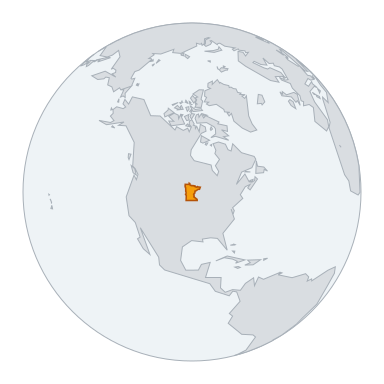 the Earth from above Minnesota
{"feature_id": "USA-3514", "entity_name": "Minnesota", "entity_type": "State", "adm_level": 1, "iso_a3": "USA", "parent_name": "United States of America", "parent_adm1": "", "projection": "orthographic", "projection_center": [-93.694, 46.435], "detail": "fine", "context": "on_globe", "style": "filled", "palette": "amber", "viewbox_px": 384, "rotation_deg": 0, "n_neighbors": 0, "source": "natural_earth", "source_scale": "10m", "svg_char_len": 11705}
<svg xmlns="http://www.w3.org/2000/svg" viewBox="0 0 384 384"><circle cx="192" cy="192" r="169" fill="#eef3f6" stroke="#a8b0b8"/><path d="M262.3,345.6L260.5,346.5L260.1,346.6L247.3,351.7L234.1,355.6L238.3,354.0L246.0,350.1L255.5,337.0L253.0,334.9L241.7,334.3L228.2,323.3L232.6,316.1L229.3,313.5L240.1,301.3L236.7,291.9L232.8,291.2L229.2,295.8L215.3,291.3L209.8,283.7L164.7,270.0L159.5,264.9L158.7,257.2L140.3,227.7L149.9,254.5L143.3,248.7L137.5,238.8L140.1,237.1L135.3,222.5L129.0,215.7L126.2,196.9L134.0,175.2L136.4,179.7L138.0,174.3L135.1,168.5L132.7,166.0L134.2,142.4L126.0,125.8L118.5,125.3L124.0,122.0L106.5,124.7L99.0,120.4L110.5,122.5L114.0,120.6L110.4,116.1L113.2,113.3L113.0,109.6L116.7,106.8L123.2,108.6L125.7,107.0L123.0,103.9L124.9,99.4L128.6,104.1L132.4,96.9L143.9,99.5L150.7,115.7L160.1,116.0L175.0,130.0L176.6,126.7L183.3,130.4L187.7,128.2L189.2,131.8L191.4,127.0L189.2,124.2L189.4,121.2L191.8,119.7L194.2,123.9L193.3,125.3L195.2,125.7L195.4,128.5L196.7,126.3L199.2,131.8L200.3,124.3L205.3,127.0L206.0,131.2L201.3,133.4L191.2,149.8L190.5,155.4L194.2,160.7L211.1,165.0L212.3,170.4L217.2,175.7L218.7,171.4L215.4,165.7L219.5,159.4L214.9,153.6L215.9,150.3L213.1,143.7L218.5,142.0L225.4,144.2L228.0,149.7L231.1,151.0L232.7,143.8L241.5,152.7L254.1,156.4L255.8,159.2L251.9,167.7L241.6,172.1L236.4,184.4L244.9,174.0L249.1,181.8L251.9,182.2L254.6,180.5L255.0,176.7L257.5,179.0L250.1,189.9L247.7,187.9L250.1,184.4L245.3,186.7L240.3,194.7L242.8,198.4L232.6,207.7L234.3,210.6L233.0,214.4L231.1,209.1L234.4,219.0L222.9,233.3L227.2,250.2L217.4,238.4L210.5,237.8L202.4,239.1L203.0,241.9L191.6,240.6L182.4,246.9L180.6,260.4L185.8,270.2L198.4,270.1L201.4,264.4L210.2,262.4L205.5,277.5L221.1,277.5L220.5,287.9L225.2,292.3L232.6,289.6L240.4,290.3L245.4,283.4L253.6,277.8L254.5,285.7L258.5,277.0L263.5,279.3L279.5,272.6L278.5,274.9L292.1,277.7L305.6,273.7L308.7,276.9L307.2,281.1L311.6,278.9L311.7,280.9L328.0,270.2L335.3,266.8L334.4,273.3L326.9,286.7L316.8,304.2L302.3,318.1L296.5,324.1L281.4,335.3L273.0,339.9L273.1,340.2L270.8,341.5L262.3,345.6ZM50.9,208.6L51.8,205.3L52.6,208.9L50.9,208.6ZM51.6,202.3L51.4,203.6L51.4,202.3L51.6,202.3ZM51.0,200.7L51.4,201.8L50.8,200.8L51.0,200.7ZM50.0,198.9L50.6,199.7L50.5,199.8L50.0,198.9ZM227.2,256.0L244.9,259.9L235.6,263.2L237.3,261.3L232.6,259.1L224.2,257.7L215.8,260.9L227.2,256.0ZM49.0,195.2L48.8,194.2L49.5,194.7L49.0,195.2ZM233.3,245.2L230.3,245.2L233.2,244.5L233.3,245.2ZM131.2,165.5L134.7,168.7L136.3,175.1L133.1,172.7L131.2,165.5ZM128.5,153.7L131.0,154.2L129.0,159.6L128.2,157.6L128.5,153.7ZM112.5,125.8L114.8,128.0L111.6,126.9L112.5,125.8ZM112.4,109.6L110.8,110.0L111.4,107.9L112.4,109.6ZM210.3,145.1L211.7,144.4L211.5,146.0L210.3,145.1ZM207.8,142.9L206.5,145.2L205.2,144.6L205.9,143.1L207.8,142.9ZM117.6,101.9L119.0,98.7L118.7,102.2L117.6,101.9ZM209.6,140.3L202.9,143.1L200.5,142.0L201.4,135.7L209.6,140.3ZM120.5,97.1L123.8,89.9L120.7,89.8L131.5,86.1L125.1,93.3L125.2,97.5L123.1,95.9L120.5,97.1ZM187.5,123.9L189.9,126.8L185.7,125.8L187.5,123.9ZM184.7,124.0L171.2,125.8L168.8,121.0L173.8,121.3L168.8,116.4L174.2,113.2L178.2,115.1L178.7,118.8L180.4,114.8L184.7,124.0ZM136.9,85.5L138.7,84.1L138.1,85.9L136.9,85.5ZM189.2,119.9L186.7,120.6L184.4,116.5L189.0,114.4L188.2,116.4L189.2,119.9ZM164.9,116.9L164.0,113.6L168.1,110.0L168.3,108.2L174.1,112.7L164.9,116.9ZM190.0,116.6L191.3,113.5L194.6,114.1L191.5,119.0L190.0,116.6ZM181.9,116.3L181.0,114.3L183.0,114.7L181.9,116.3ZM207.0,115.2L204.0,115.9L202.6,113.8L207.0,115.2ZM191.6,112.3L190.5,112.1L189.6,111.4L191.2,109.5L191.6,112.3ZM176.6,110.0L178.6,109.2L174.5,107.9L177.4,105.4L180.8,108.9L180.5,106.3L181.4,105.5L183.2,109.3L176.6,110.0ZM190.0,105.6L195.3,109.5L201.1,108.6L202.5,110.5L193.0,111.6L190.0,105.6ZM185.8,107.4L188.7,106.7L189.1,109.2L187.3,111.3L185.8,107.4ZM178.2,102.5L172.8,105.4L172.2,104.6L178.2,102.5ZM191.6,104.8L190.3,103.9L192.0,104.5L191.6,104.8ZM182.2,102.6L180.4,103.7L179.8,102.7L182.2,102.6ZM189.2,101.3L190.9,102.5L189.8,103.9L189.2,101.3ZM185.9,101.5L185.6,99.8L188.3,103.6L185.2,102.1L185.9,101.5ZM182.0,101.4L181.0,101.2L182.8,101.1L182.0,101.4ZM192.6,95.5L196.3,100.0L193.7,103.0L190.5,98.2L192.6,95.5ZM103.3,48.2L104.1,47.7L109.4,44.6L110.0,44.5L117.1,40.6L118.2,40.3L123.1,37.7L122.6,38.0L133.6,33.4L145.0,29.7L156.5,26.8L168.3,24.7L180.1,23.5L192.0,23.0L204.0,23.5L215.8,24.7L227.5,26.8L239.1,29.7L250.4,33.5L261.5,38.0L272.2,43.3L282.5,49.3L292.3,56.0L301.6,63.4L310.4,71.5L310.5,71.5L318.7,80.2L326.2,89.4L333.1,99.1L339.3,109.3L344.8,119.9L349.5,130.8L353.4,142.1L356.5,153.6L358.8,165.3L358.9,165.8L360.0,192.3L358.1,195.0L350.6,190.9L348.8,180.9L344.6,174.7L329.0,127.8L330.1,122.3L322.8,99.1L322.6,97.1L328.2,102.6L326.5,92.4L320.4,85.0L314.2,75.6L307.0,68.2L296.1,59.5L307.8,71.4L305.1,70.9L292.0,59.1L281.0,49.7L279.7,49.3L282.6,53.5L276.1,50.0L283.2,55.0L283.3,53.9L287.7,57.2L287.9,58.4L285.6,57.0L287.8,59.8L298.2,66.3L299.5,65.9L307.6,75.3L310.4,75.8L314.0,79.4L310.6,80.1L307.9,78.5L304.9,83.9L308.5,86.3L311.6,81.6L312.4,83.7L317.3,87.7L314.2,86.4L309.9,91.5L314.6,101.9L327.5,119.8L328.7,126.6L326.6,131.0L314.9,121.4L313.4,107.5L309.2,104.5L303.5,105.8L303.6,101.7L301.1,100.7L299.9,95.7L292.4,88.2L290.3,83.5L281.7,80.1L279.4,77.4L285.2,80.1L288.1,79.6L282.2,69.1L279.4,66.9L274.3,65.7L273.3,63.2L269.1,63.5L262.9,58.0L266.9,65.1L260.9,64.5L254.1,61.3L252.9,62.6L264.0,67.9L267.7,69.0L269.9,67.7L280.8,72.5L284.0,76.3L275.3,76.6L278.9,82.2L270.5,80.5L245.7,66.3L238.3,60.9L238.0,51.4L243.0,52.3L245.6,56.0L248.4,52.3L245.7,52.7L244.9,50.8L239.0,50.2L238.2,48.9L234.0,50.8L232.3,49.1L235.0,47.9L224.8,46.2L219.8,43.2L217.9,43.5L217.3,44.7L211.3,40.5L210.1,40.9L211.7,42.4L210.4,44.4L205.9,46.4L204.1,44.8L205.4,43.8L205.6,39.8L209.6,37.9L208.4,37.5L204.5,38.8L204.3,43.7L202.1,45.4L201.4,42.8L201.5,43.9L199.8,44.2L196.4,43.2L196.8,46.0L180.8,53.4L172.7,52.6L173.9,49.3L160.8,54.0L152.7,53.5L154.1,54.8L148.8,58.5L151.3,58.7L151.6,59.6L139.1,70.1L134.8,71.6L131.0,78.3L131.8,79.1L134.8,78.3L131.5,86.1L120.7,89.8L119.6,87.8L113.6,91.8L111.9,86.9L107.7,84.9L109.3,77.7L105.8,77.1L103.9,78.8L97.7,79.5L91.8,75.8L105.2,71.2L115.8,77.1L112.2,73.8L115.6,72.5L115.9,70.1L113.1,68.2L111.2,69.3L120.0,56.8L118.6,50.4L112.4,55.1L107.2,57.0L100.1,55.6L106.4,46.7L99.4,50.7L98.1,51.5L98.4,51.3L103.3,48.2ZM339.4,145.1L341.1,147.3L339.4,145.1ZM263.4,38.9L262.3,38.5L258.8,36.9L259.5,37.4L262.2,38.5L263.0,39.8L257.2,37.2L255.4,37.0L258.2,38.5L268.7,43.1L267.6,41.1L272.1,43.3L272.8,43.6L271.1,42.7L263.4,38.9ZM280.0,272.2L282.0,272.9L279.5,274.1L280.0,272.2ZM234.8,267.1L238.3,266.5L240.3,267.4L237.7,268.4L234.8,267.1ZM263.7,258.8L267.6,258.2L263.7,260.3L263.7,258.8ZM247.6,260.1L260.6,259.7L253.1,264.8L244.8,265.1L250.3,262.7L247.6,260.1ZM232.5,251.0L234.8,251.1L234.4,253.0L232.5,251.0ZM235.4,244.7L234.6,245.1L233.2,243.9L235.4,244.7ZM249.5,181.1L250.1,180.4L253.1,179.4L252.2,181.4L249.5,181.1ZM263.8,167.0L267.5,171.1L264.2,169.4L263.6,172.7L255.8,173.4L256.3,160.7L257.5,166.2L263.8,167.0ZM245.6,171.4L250.4,172.0L245.1,171.9L245.6,171.4ZM288.4,101.2L289.9,99.6L293.2,101.8L295.8,108.7L291.1,105.5L288.4,101.2ZM291.3,96.9L281.9,95.8L279.9,91.8L282.6,94.2L282.3,91.6L286.5,94.8L293.8,92.4L297.2,94.3L300.2,105.4L297.3,100.6L296.0,102.3L291.3,96.9ZM261.4,103.4L257.3,103.8L258.3,94.4L262.0,95.2L264.8,101.9L262.1,104.9L261.4,103.4ZM212.5,129.0L210.9,130.4L210.2,129.1L211.1,126.9L212.5,129.0ZM205.7,115.7L219.0,122.0L217.8,123.8L227.0,125.8L227.5,131.4L221.5,129.8L228.7,135.8L223.5,136.7L228.7,140.3L215.4,136.3L210.9,137.6L215.7,133.9L215.4,128.7L214.0,126.8L206.6,122.6L196.9,123.2L195.1,118.4L196.4,114.9L198.5,114.0L199.0,117.3L201.3,113.8L203.7,118.0L205.7,115.7ZM212.4,81.1L212.2,84.5L217.3,79.6L219.7,83.1L220.1,82.4L223.7,84.4L228.8,85.6L229.2,87.5L231.0,87.1L233.4,88.6L236.0,88.9L237.6,92.4L241.0,93.1L239.8,94.4L245.2,94.7L241.9,96.1L244.7,98.4L246.4,95.8L248.7,116.0L252.2,124.0L256.8,130.0L250.6,132.1L242.3,128.1L233.9,121.2L231.4,113.4L229.1,116.0L227.2,113.1L229.8,112.3L224.6,111.9L223.8,109.4L216.3,104.3L209.3,105.7L206.4,104.0L208.7,102.2L204.2,101.9L206.6,97.4L204.6,96.2L204.9,90.8L210.5,88.4L207.8,87.2L208.0,83.3L212.4,81.1ZM192.9,94.0L199.1,89.8L203.4,89.9L201.0,99.3L202.6,101.0L201.2,107.4L194.9,107.3L195.9,105.5L195.4,103.7L197.5,104.4L195.4,102.5L196.7,99.9L195.4,97.8L197.7,97.0L192.9,94.0ZM319.6,93.1L319.0,91.4L317.3,88.3L320.4,90.9L319.6,93.1ZM316.9,96.7L315.9,94.7L319.4,96.5L320.1,98.5L316.9,96.7ZM312.3,92.3L315.6,94.5L314.2,94.5L312.3,92.3ZM284.0,78.4L282.5,76.4L283.6,76.4L285.7,77.7L284.0,78.4ZM228.0,68.7L227.2,70.3L226.1,70.0L221.4,72.1L219.3,69.8L221.3,67.7L228.0,68.7ZM299.8,62.5L303.6,65.7L303.9,66.2L302.5,65.0L299.8,62.5ZM313.8,78.3L312.0,75.3L314.7,79.0L313.8,78.3ZM225.0,66.6L223.3,67.7L223.3,65.9L225.0,66.6ZM217.5,68.3L217.0,66.4L218.5,69.8L217.5,68.3ZM204.5,51.2L213.3,50.6L218.3,49.2L218.9,46.7L221.8,50.2L214.2,52.4L204.5,51.2ZM184.0,53.2L183.5,55.8L181.2,55.2L181.0,54.5L184.0,53.2ZM185.5,54.4L189.6,56.7L187.7,58.6L184.8,56.3L185.5,54.4ZM207.6,60.8L210.3,60.8L210.3,62.1L207.6,60.8ZM89.1,58.0L90.3,57.1L87.5,59.3L87.1,59.6L88.0,58.9L89.1,58.0ZM94.2,54.2L92.5,55.6L87.6,59.5L88.4,59.4L85.8,62.2L88.7,61.1L88.1,62.4L84.0,64.8L80.3,66.1L87.4,59.5L92.9,55.1L94.2,54.2ZM90.2,60.4L94.3,60.5L88.5,65.5L86.3,66.6L86.8,64.4L89.9,61.8L90.2,60.4ZM93.6,62.1L96.6,59.8L108.9,57.1L110.1,57.8L97.6,62.0L99.7,60.1L97.7,60.0L93.6,62.1ZM137.3,83.5L138.5,84.1L136.6,84.6L137.3,83.5ZM153.1,59.6L153.2,61.0L150.9,61.4L153.1,59.6ZM152.2,65.1L154.6,63.7L152.8,65.9L152.2,65.1ZM160.0,60.4L156.0,63.4L158.8,59.6L160.0,60.4Z" fill="#d9dde1" stroke="#a8b0b8" stroke-width="1"/><path d="M185.2,184.3L189.1,184.4L189.2,183.3L189.3,183.4L189.5,183.4L189.8,183.5L189.9,183.8L189.9,184.0L190.0,184.7L190.0,184.9L190.0,185.0L190.3,185.2L190.4,185.3L190.5,185.3L190.8,185.3L191.0,185.5L191.6,185.5L191.8,185.8L192.2,185.8L192.4,185.8L192.5,185.7L192.8,185.5L193.4,185.6L193.6,185.7L193.9,185.8L194.0,185.8L193.9,185.9L193.9,186.0L194.0,186.1L194.3,186.1L194.4,186.3L194.5,186.5L194.8,186.6L194.7,186.5L194.7,186.4L194.8,186.4L195.0,186.3L195.3,186.4L195.3,186.5L195.6,186.8L195.8,186.8L195.9,187.0L196.1,187.1L196.3,187.2L196.5,187.2L196.8,187.1L197.2,186.8L197.3,186.7L197.5,186.6L197.6,186.8L197.7,187.0L197.8,187.0L198.1,187.0L198.3,187.0L198.9,186.9L199.0,186.9L199.2,187.0L199.3,187.1L199.5,187.2L199.8,187.2L200.0,187.2L200.3,187.2L199.5,189.3L198.1,189.3L196.5,190.5L195.5,191.1L195.2,191.0L195.0,191.3L194.9,191.3L194.9,193.0L194.7,193.2L194.5,193.3L194.4,193.3L194.2,193.4L194.1,193.5L193.9,193.8L193.7,194.1L193.6,194.4L193.7,194.5L193.8,194.5L194.0,194.6L194.0,194.8L194.1,195.0L194.0,195.3L193.9,195.4L193.9,195.6L194.0,195.8L193.9,195.9L193.9,196.0L193.9,196.3L194.0,196.4L193.9,196.5L193.8,196.9L193.9,197.0L194.0,197.1L194.2,197.3L194.3,197.4L194.7,197.4L194.8,197.5L195.0,197.8L195.3,197.9L195.7,198.1L195.8,198.3L195.9,198.6L196.0,198.7L196.3,198.9L196.6,198.9L196.7,199.0L196.8,199.0L197.0,199.3L197.1,199.5L197.2,199.8L197.2,200.1L197.2,200.3L197.2,200.5L186.1,200.5L186.3,195.3L186.3,195.2L186.2,195.1L186.0,194.9L185.8,194.9L185.7,194.8L185.7,194.6L185.5,194.4L185.5,194.2L185.8,194.0L185.9,193.9L186.0,193.7L186.1,193.4L186.1,193.1L186.1,192.9L186.1,192.7L186.1,192.3L186.1,192.2L185.9,191.9L185.8,191.7L185.8,191.4L185.7,191.3L185.7,191.2L185.8,191.1L185.7,190.9L185.8,190.7L185.8,190.4L185.7,190.4L185.7,190.2L185.7,189.9L185.7,189.7L185.7,189.4L185.7,189.1L185.7,188.9L185.7,188.7L185.7,188.4L185.6,188.2L185.6,187.9L185.4,187.6L185.5,187.5L185.4,187.4L185.4,187.2L185.3,186.8L185.2,186.7L185.3,186.6L185.3,186.4L185.2,186.1L185.3,186.1L185.3,185.9L185.2,185.7L185.3,185.5L185.3,185.4L185.4,185.2L185.3,184.9L185.2,184.8L185.2,184.7L185.2,184.4L185.2,184.3Z" fill="#f59e0b" stroke="#b45309" stroke-width="1.5"/></svg>